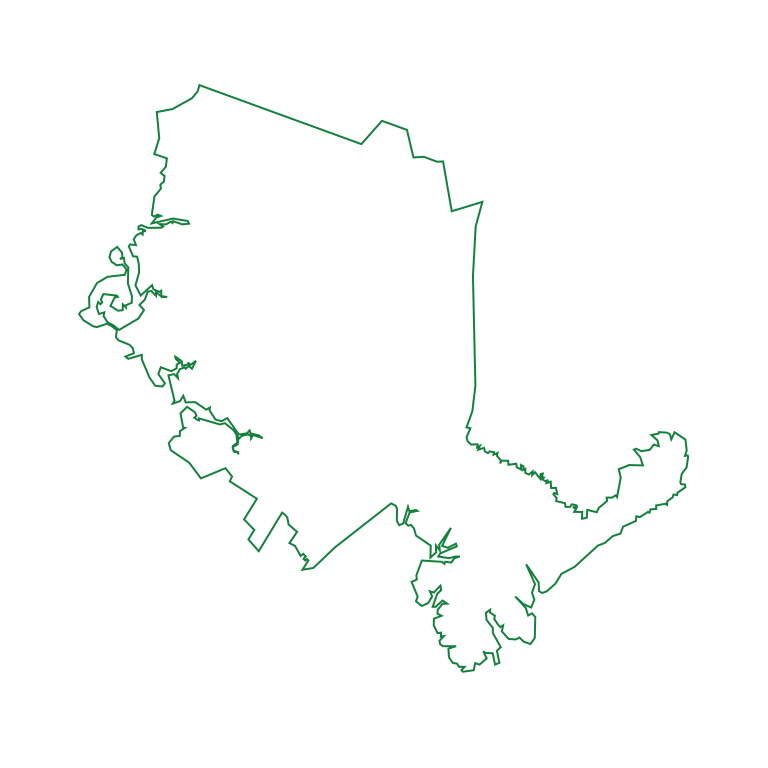 Åtara-Papatoetoe Local Board Area, Auckland, New Zealand (Robinson projection), rotated 276°
{"feature_id": "76426892B8082635890344", "entity_name": "Åtara-Papatoetoe Local Board Area", "entity_type": "district", "adm_level": 2, "iso_a3": "NZL", "parent_name": "New Zealand", "parent_adm1": "Auckland", "projection": "robinson", "projection_center": [174.846, -36.985], "detail": "fine", "context": "isolated", "style": "outline", "palette": "green", "viewbox_px": 768, "rotation_deg": 276, "n_neighbors": 0, "source": "geoboundaries", "source_scale": "gbopen_adm2", "svg_char_len": 6146}
<svg xmlns="http://www.w3.org/2000/svg" viewBox="0 0 768 768"><g transform="rotate(276 384 384)"><path d="M555.0,141.7L546.5,136.1L528.0,135.4L526.5,137.5L528.8,141.4L527.8,144.5L525.9,140.3L519.5,136.3L526.5,157.1L525.6,171.7L523.1,173.4L521.7,166.7L523.9,157.2L522.0,156.8L523.1,155.1L520.0,150.4L519.5,144.2L517.6,147.9L516.2,146.4L514.6,133.1L516.6,125.9L514.8,123.3L512.1,123.7L513.0,126.3L511.9,130.1L511.0,130.4L511.1,128.2L507.5,128.3L508.8,126.5L506.2,122.3L501.7,120.0L496.2,122.8L496.3,117.0L494.2,115.8L484.8,121.1L484.8,125.2L477.6,127.6L469.4,128.8L456.1,126.5L446.6,132.8L458.0,143.0L454.0,144.8L452.1,151.3L453.4,152.7L448.1,153.4L447.9,159.3L447.2,154.2L451.6,147.6L447.9,148.0L452.2,142.8L451.1,139.5L442.7,137.2L437.1,132.5L432.4,137.6L423.4,132.9L410.1,114.9L413.7,109.3L412.6,107.9L409.7,112.7L402.6,112.5L399.7,115.3L396.4,126.8L393.3,130.5L388.5,132.1L384.2,124.0L382.3,127.0L387.7,140.1L383.3,140.5L365.9,150.1L358.4,156.6L358.3,163.8L361.6,166.1L370.4,158.5L377.3,160.3L374.5,171.0L377.9,176.1L381.6,175.8L383.7,178.8L387.5,174.0L389.4,173.6L385.7,180.3L381.0,181.6L383.3,188.0L385.1,186.7L382.7,189.5L387.4,194.5L379.1,191.4L381.5,188.1L378.5,185.1L379.7,184.1L377.5,179.5L372.5,177.2L368.2,178.5L371.9,174.2L370.1,168.7L345.6,177.4L342.4,176.0L345.7,183.0L351.3,185.6L345.0,188.7L346.2,198.2L339.9,209.9L342.4,213.3L339.5,213.3L331.0,220.2L330.0,226.3L333.7,231.7L318.6,244.9L320.6,252.8L323.8,255.2L320.8,256.6L319.9,264.7L317.4,269.1L319.6,258.9L315.9,257.5L318.7,256.8L319.7,254.1L317.4,247.8L313.9,244.9L308.6,244.7L305.7,240.2L301.9,241.5L301.0,246.1L298.8,246.6L301.0,245.6L300.8,242.3L301.6,241.5L303.7,240.5L305.1,240.1L306.5,240.2L310.3,244.3L316.0,243.0L315.7,244.6L322.3,239.3L328.4,229.9L326.6,225.0L330.5,203.5L328.5,203.8L328.9,202.0L330.7,198.9L332.7,200.9L336.2,198.9L340.7,190.5L333.5,184.7L319.8,188.8L319.6,190.7L315.9,186.0L311.0,186.3L309.7,180.6L302.6,176.1L295.8,178.9L285.4,198.5L271.0,211.8L283.7,235.1L276.1,242.6L271.1,240.8L256.6,269.6L234.7,259.0L225.3,270.3L215.2,265.4L204.6,276.9L245.4,296.1L243.9,298.8L241.1,301.8L234.3,303.8L227.9,313.0L215.9,306.6L213.7,312.4L204.3,319.1L206.6,321.4L204.3,324.2L201.7,322.3L200.2,324.3L201.9,325.6L200.6,327.3L190.7,322.3L193.7,333.0L216.5,352.4L266.0,403.6L264.1,408.5L261.0,410.1L249.3,411.0L245.2,413.9L247.2,417.6L264.4,420.7L260.2,422.5L262.0,429.0L261.3,430.5L258.8,422.9L247.9,420.0L245.6,422.9L246.7,425.5L243.7,428.8L236.6,431.7L228.1,447.4L216.2,448.3L222.0,453.4L228.9,452.5L224.3,456.9L229.9,455.7L247.9,465.6L229.1,458.7L227.8,464.6L232.7,472.2L230.1,473.4L221.5,457.7L218.1,456.0L217.6,466.7L219.9,473.3L220.3,477.4L218.1,472.1L213.5,469.7L213.6,463.5L211.4,462.9L213.2,460.3L212.4,440.1L197.1,436.2L193.0,437.1L190.1,432.1L176.1,439.7L171.3,438.5L167.2,444.8L170.8,450.9L177.8,454.1L182.6,451.3L181.8,455.4L189.3,461.2L185.0,462.4L180.9,458.9L167.5,455.7L167.8,458.7L174.8,464.8L172.2,469.7L171.5,465.1L165.0,461.0L161.1,461.3L159.5,465.5L155.8,458.2L149.1,458.7L141.8,463.4L142.7,466.8L138.7,466.9L139.5,469.9L134.4,466.0L131.2,467.0L129.4,470.0L130.8,483.2L127.6,475.7L119.0,477.2L113.8,481.6L113.5,485.9L110.6,488.2L111.1,493.7L107.5,490.9L106.1,492.5L108.7,503.1L115.9,503.9L114.9,508.3L121.8,514.8L128.6,510.7L127.1,512.8L127.6,520.2L116.6,523.8L118.8,527.9L130.5,524.2L134.5,527.6L147.7,518.3L152.9,517.7L160.1,510.6L167.2,509.3L170.6,513.2L167.8,513.3L165.1,518.5L161.9,518.2L155.9,523.2L154.4,525.1L156.5,527.7L150.3,527.1L143.5,534.6L143.7,541.7L146.0,545.1L142.3,549.9L140.7,556.9L147.1,560.5L168.1,558.8L171.4,555.2L168.8,551.6L176.2,548.3L186.4,536.7L179.8,545.5L177.1,553.7L185.2,556.1L191.8,553.0L200.8,555.1L219.6,544.2L202.7,558.6L194.2,559.8L192.7,563.0L194.6,567.3L203.3,575.3L213.7,580.3L222.1,592.7L245.6,613.6L249.0,620.2L256.7,627.5L259.9,634.8L267.1,636.7L274.2,648.9L278.8,648.7L278.4,652.5L284.4,659.9L283.7,661.4L287.2,662.2L288.2,667.8L291.6,667.3L294.3,676.3L293.3,678.1L297.0,678.0L301.5,683.0L304.3,683.4L304.2,687.1L306.5,687.2L312.9,694.6L315.5,693.7L315.5,689.9L317.4,689.0L325.7,689.5L332.5,693.6L343.1,694.1L344.7,693.5L344.0,690.8L349.5,692.0L360.2,689.6L366.4,678.1L359.0,675.5L363.8,673.7L365.2,670.7L364.9,662.4L363.3,662.2L361.3,655.3L356.5,661.9L350.9,663.8L351.9,658.7L346.3,655.2L344.1,647.1L346.0,641.5L344.8,639.4L338.1,646.4L330.1,650.0L329.0,636.3L323.8,626.4L315.6,629.2L295.8,627.6L297.5,626.1L294.8,622.5L294.3,617.3L291.0,618.1L283.4,610.7L278.7,609.0L280.1,599.4L272.1,599.6L270.7,595.0L277.5,594.5L276.7,586.6L279.9,588.1L281.2,584.6L281.8,588.7L283.4,588.3L284.0,583.4L281.3,582.0L280.8,577.4L284.4,576.4L285.5,567.5L288.6,567.6L292.0,564.0L293.4,564.6L292.6,567.8L298.7,565.8L298.0,561.1L304.3,560.0L302.5,556.0L305.9,557.1L304.2,555.3L305.8,550.8L307.7,552.7L308.1,550.8L311.5,551.3L310.9,549.2L306.1,549.3L312.1,543.3L308.9,540.9L312.5,540.9L309.1,537.7L310.4,533.8L314.4,533.4L313.0,531.4L316.7,531.3L317.8,528.8L313.3,529.2L315.1,524.8L318.5,523.8L316.7,516.2L320.6,515.5L320.1,509.1L317.1,507.7L320.1,508.3L324.5,503.7L327.3,504.1L325.1,500.3L327.6,500.6L328.1,496.3L326.1,494.6L327.5,491.4L330.9,490.1L328.5,484.5L332.6,485.9L330.7,483.3L333.8,483.3L332.9,476.9L335.8,473.1L339.8,471.7L349.0,474.5L349.5,470.6L366.0,474.7L391.7,475.1L500.5,461.2L550.2,458.7L575.4,462.8L562.9,433.3L611.5,419.5L610.6,413.6L614.1,399.9L612.4,389.6L639.1,380.3L645.5,354.5L620.2,336.4L661.9,169.2L655.5,168.1L648.2,163.2L635.3,144.9L630.7,129.6L604.8,134.8L588.7,131.5L585.7,144.5L577.3,144.3L570.6,139.8L568.0,144.0L562.3,144.0L558.9,140.7L555.0,141.7ZM421.7,73.4L416.0,78.4L411.0,88.7L410.6,92.6L415.0,102.2L413.3,106.6L414.3,108.0L416.5,102.6L422.2,98.0L426.0,98.4L423.8,93.2L430.5,90.2L435.7,91.2L433.7,93.7L435.8,95.2L438.6,93.5L444.1,95.6L444.0,109.1L442.8,110.2L441.9,107.1L433.0,103.8L429.1,111.9L430.1,116.4L435.9,116.0L433.2,119.2L435.1,118.7L438.4,124.6L444.8,124.2L457.2,118.8L473.2,117.5L477.0,113.4L482.2,112.2L480.7,108.3L482.6,110.7L487.3,109.7L492.4,104.3L487.4,98.7L481.3,97.7L477.0,100.4L474.1,105.9L475.5,111.1L474.1,113.0L470.8,116.1L465.5,114.8L461.7,97.8L454.4,88.0L439.8,81.6L429.4,83.0L424.8,75.2L421.7,73.4Z" fill="none" stroke="#15803d" stroke-width="2"/></g></svg>